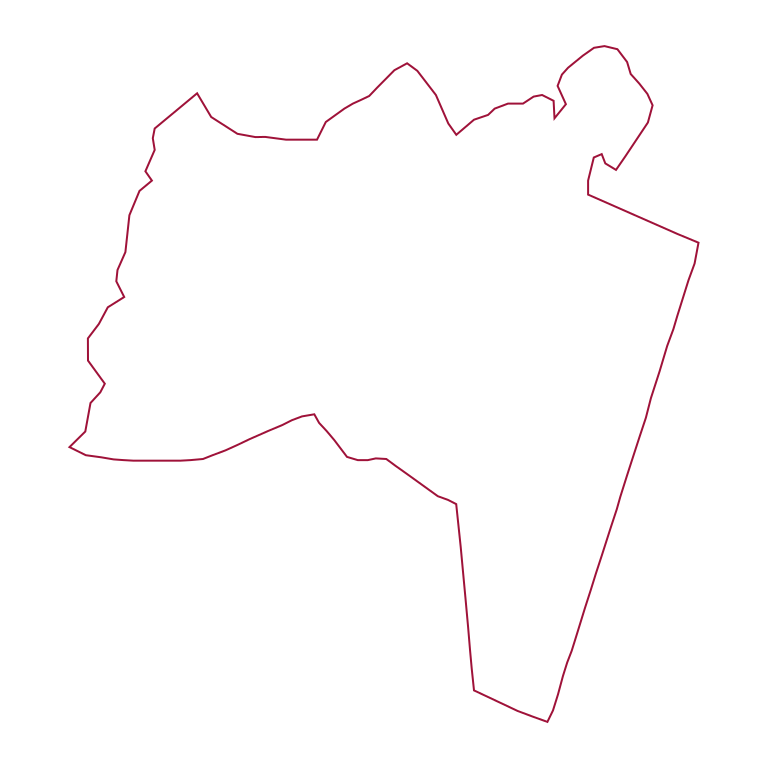 the district of Cidreira, Rio Grande do Sul, Brazil
{"feature_id": "56859067B17697347991096", "entity_name": "Cidreira", "entity_type": "district", "adm_level": 2, "iso_a3": "BRA", "parent_name": "Brazil", "parent_adm1": "Rio Grande do Sul", "projection": "natural_earth1", "projection_center": [-50.272, -30.138], "detail": "fine", "context": "isolated", "style": "outline", "palette": "rose", "viewbox_px": 768, "rotation_deg": 0, "n_neighbors": 0, "source": "geoboundaries", "source_scale": "gbopen_adm2", "svg_char_len": 1792}
<svg xmlns="http://www.w3.org/2000/svg" viewBox="0 0 768 768"><path d="M547.4,721.9L553.0,710.4L558.0,694.4L562.9,676.2L567.2,662.5L571.7,650.8L574.8,640.9L577.9,630.9L584.9,608.2L590.8,589.9L596.0,573.2L601.8,555.5L607.5,537.7L611.0,526.8L616.8,509.2L620.3,496.8L627.0,475.6L631.8,460.7L639.7,436.4L645.9,417.7L650.9,398.2L659.6,371.3L667.2,345.9L673.4,329.1L677.3,315.9L680.6,305.4L688.5,280.2L694.6,263.5L698.5,242.7L677.3,233.9L588.1,194.6L588.1,180.6L593.8,157.5L601.7,154.1L605.3,163.4L616.0,169.9L625.3,156.4L647.9,122.5L652.6,105.3L647.4,93.9L639.3,83.6L630.7,74.0L627.1,62.0L617.4,49.2L604.5,46.1L594.0,47.8L582.8,55.7L568.1,67.7L561.9,74.6L557.6,85.9L565.9,104.2L554.5,118.3L553.6,100.8L542.1,95.0L533.6,96.6L523.0,103.6L508.0,103.6L494.7,108.6L488.1,114.9L474.0,119.7L456.3,134.8L448.3,123.5L435.9,95.0L417.3,70.8L407.1,63.3L394.4,70.2L377.2,87.6L369.2,96.0L360.8,100.0L352.9,103.6L344.4,108.6L325.8,122.0L317.0,139.7L286.3,139.7L265.1,136.9L255.5,137.1L237.4,133.8L211.2,117.0L197.1,93.3L154.7,128.5L152.8,138.2L154.7,149.9L145.4,171.3L151.9,180.6L139.5,190.9L129.4,215.2L125.4,252.1L117.5,270.0L116.3,281.3L124.2,297.0L107.8,307.3L98.9,323.9L87.9,338.4L88.0,360.6L104.8,383.7L100.3,392.3L90.5,403.0L85.3,431.5L69.5,447.1L85.8,455.2L101.2,457.3L113.6,459.4L123.4,460.1L133.9,460.7L147.7,460.7L169.4,460.7L179.9,460.7L190.6,460.1L203.0,459.0L212.6,455.2L225.4,450.4L236.9,445.2L249.7,439.1L268.3,430.9L282.4,425.0L291.9,420.2L302.0,416.4L314.3,414.3L319.1,422.9L326.7,431.1L334.3,440.1L347.0,456.9L357.7,460.1L367.9,460.1L375.8,458.4L386.3,459.0L395.6,465.9L406.6,473.7L437.8,496.2L448.0,499.9L456.2,504.1L460.7,546.9L463.8,580.3L465.5,598.5L468.1,627.1L470.0,649.7L471.7,668.4L474.0,690.4L517.7,711.0L532.4,716.5L547.4,721.9Z" fill="none" stroke="#9f1239" stroke-width="2"/></svg>